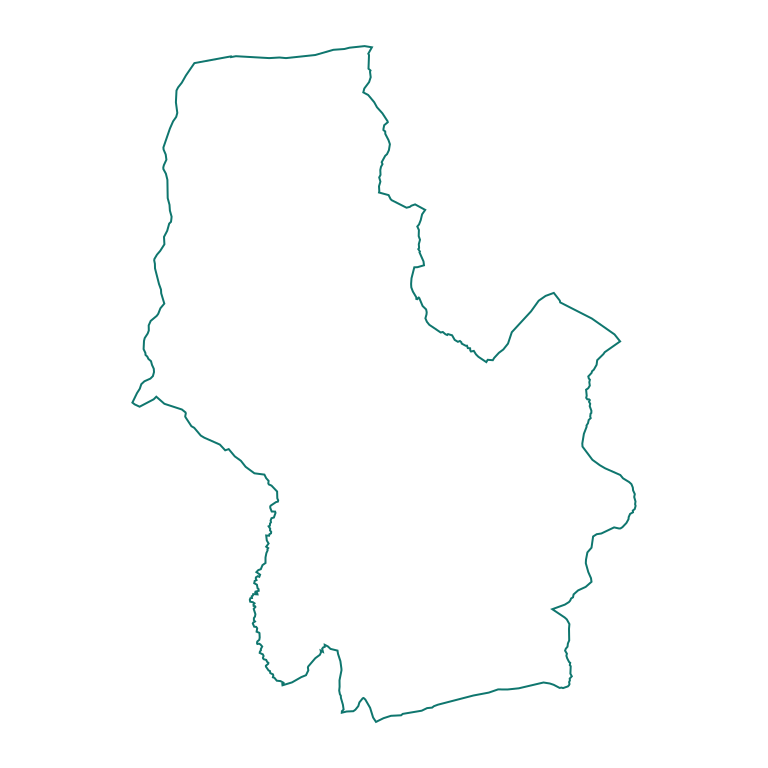 Ludesti, Dâmbovita, Romania (Robinson projection)
{"feature_id": "2599482B18388771363687", "entity_name": "Ludesti", "entity_type": "district", "adm_level": 2, "iso_a3": "ROU", "parent_name": "Romania", "parent_adm1": "Dâmbovita", "projection": "robinson", "projection_center": [25.213, 44.925], "detail": "fine", "context": "isolated", "style": "outline", "palette": "teal", "viewbox_px": 768, "rotation_deg": 0, "n_neighbors": 0, "source": "geoboundaries", "source_scale": "gbopen_adm2", "svg_char_len": 6088}
<svg xmlns="http://www.w3.org/2000/svg" viewBox="0 0 768 768"><path d="M620.1,341.4L614.5,334.4L591.8,318.5L560.2,302.4L559.8,300.6L553.8,292.9L545.6,295.9L538.7,300.7L531.0,311.4L511.8,332.2L508.0,343.6L503.3,349.5L498.9,352.8L494.2,357.9L492.8,360.2L487.7,359.8L486.3,362.1L478.4,356.8L476.0,354.4L473.8,350.9L471.0,351.5L470.3,350.5L470.1,348.3L467.8,348.1L467.0,345.7L465.8,345.8L461.7,343.6L461.3,342.2L459.9,341.0L457.9,341.8L454.7,339.9L452.1,335.3L448.0,334.1L447.2,335.0L445.4,334.2L442.8,332.0L440.7,332.5L429.3,324.8L426.9,321.8L425.4,318.3L426.5,314.4L426.7,312.2L426.1,309.4L422.6,306.0L419.3,298.1L418.8,297.6L417.2,299.2L416.3,298.9L416.4,297.5L412.9,291.6L411.3,287.4L411.1,283.9L411.5,278.3L414.3,267.3L417.4,267.2L424.0,265.3L423.5,261.4L419.5,252.4L419.9,251.5L418.3,249.1L419.1,248.0L418.8,244.2L420.0,239.8L418.7,236.1L418.9,230.0L417.3,226.5L419.0,224.5L420.7,220.2L422.1,214.3L425.2,209.9L415.1,204.4L411.4,205.7L409.8,206.9L406.5,207.7L391.7,200.2L390.6,199.1L388.6,195.1L379.0,192.5L379.3,191.2L379.0,186.3L380.4,181.6L379.2,177.4L380.5,174.9L380.3,170.0L381.0,166.8L382.5,164.1L381.7,162.2L385.2,155.8L387.0,154.2L388.9,150.2L389.9,144.2L388.5,140.1L385.3,133.9L385.2,131.4L383.5,130.2L383.4,129.2L384.2,125.2L387.8,122.2L387.6,121.3L382.4,113.3L377.0,107.3L374.2,102.2L368.2,95.0L363.3,92.4L364.3,88.5L369.1,82.1L370.7,77.2L370.0,71.7L370.5,70.5L368.5,68.7L369.0,55.0L368.3,53.7L371.9,47.3L364.6,46.1L349.5,47.7L344.4,49.0L333.4,49.8L315.3,55.0L286.0,58.1L279.5,57.5L269.3,58.1L235.9,56.2L231.0,57.1L230.9,56.4L194.4,63.1L185.9,75.5L181.8,82.7L178.1,87.4L176.5,90.5L175.9,102.3L177.3,112.9L176.2,116.9L173.1,121.3L169.9,128.6L163.4,147.5L163.6,149.6L165.7,154.5L166.4,159.7L163.9,165.1L163.3,167.4L163.4,169.1L165.9,173.7L167.4,179.8L167.7,198.1L169.5,204.8L169.9,210.6L171.6,216.7L171.4,218.7L171.0,221.8L169.2,223.6L167.2,230.8L164.0,236.9L164.4,244.3L160.2,250.9L157.0,254.6L154.4,259.0L154.2,260.4L154.9,263.8L155.0,268.3L159.0,284.0L161.0,289.6L161.2,293.3L164.3,303.6L160.4,308.3L158.2,313.9L156.7,315.9L150.7,320.9L148.7,325.4L148.8,330.5L147.7,333.5L144.7,338.1L144.0,340.9L143.6,349.1L145.4,353.0L145.5,354.9L147.3,356.6L148.4,358.9L151.0,361.2L152.0,364.9L153.8,368.8L154.0,372.1L152.9,376.1L150.4,378.6L144.4,381.3L141.3,384.2L139.8,388.7L137.0,393.1L132.4,402.6L134.7,404.4L139.6,406.7L153.7,399.3L156.3,396.7L164.4,403.8L181.9,409.5L185.5,412.4L185.8,413.4L185.2,416.4L185.5,417.2L191.4,426.2L194.2,427.8L200.8,435.6L204.3,437.7L219.9,444.6L225.2,450.3L228.7,449.1L234.8,456.4L240.9,460.8L245.6,466.8L254.4,473.3L264.4,474.6L266.2,478.2L268.6,480.9L268.3,483.3L268.8,484.4L271.5,485.6L277.1,491.5L277.3,498.3L278.2,500.4L277.9,501.6L276.0,502.1L270.6,505.7L270.2,506.7L270.3,508.0L271.7,511.5L275.1,511.6L275.5,512.9L273.9,517.5L271.5,518.2L270.6,520.6L271.0,522.2L270.0,523.6L269.9,525.6L268.6,526.3L270.2,528.7L270.0,530.3L271.2,531.9L271.0,533.3L269.4,534.3L269.1,535.7L266.2,535.5L266.8,540.5L268.6,543.5L266.2,546.7L268.2,548.1L267.4,549.3L267.6,550.4L266.4,553.0L265.5,557.5L265.5,563.0L262.5,565.1L260.8,569.2L258.3,570.1L256.4,572.1L260.1,574.7L259.3,576.8L257.7,576.2L255.9,577.4L255.8,578.6L256.5,580.1L254.7,580.9L254.2,583.2L256.9,584.7L257.6,588.3L258.5,589.0L258.7,590.8L255.5,591.6L255.3,592.3L257.2,593.1L257.5,594.4L253.2,594.1L252.9,595.5L251.7,596.3L252.0,598.0L250.4,598.2L249.8,599.8L250.2,601.7L252.9,602.2L254.5,603.3L253.5,604.4L253.6,605.9L255.0,606.2L255.4,606.9L253.7,608.9L255.4,614.2L255.0,616.5L253.9,618.1L253.9,620.2L255.0,621.5L253.3,622.5L252.8,623.5L254.2,626.7L256.2,626.9L257.2,628.3L256.6,631.7L259.3,632.8L259.5,633.4L259.7,637.5L259.3,639.8L257.3,641.5L257.0,643.1L257.4,644.0L259.1,643.7L260.4,644.4L262.2,646.5L260.8,649.1L261.0,650.1L259.9,651.7L259.7,652.9L262.9,654.4L263.6,656.0L262.9,657.8L263.1,658.5L263.9,659.3L266.2,659.9L267.1,661.8L268.4,662.9L268.2,663.8L265.9,665.7L265.9,666.6L268.6,670.5L269.9,671.0L270.3,673.1L273.0,674.4L273.3,675.6L272.9,677.3L274.4,677.8L276.8,680.7L280.5,681.1L283.6,682.8L283.7,683.4L282.3,683.9L282.5,685.3L292.0,682.4L301.3,677.1L306.0,675.2L308.3,670.4L307.9,667.5L308.2,666.5L315.3,658.2L319.9,654.8L321.0,652.3L320.7,650.6L322.9,651.8L322.2,648.7L323.1,647.5L324.8,646.8L324.7,644.8L328.0,646.5L330.5,648.9L337.5,650.6L338.0,653.8L340.4,661.2L341.4,668.5L341.5,670.2L339.5,680.3L339.6,686.8L339.2,690.5L339.9,694.2L340.8,695.7L340.9,697.8L342.9,704.7L343.6,709.5L341.9,711.2L341.8,712.7L346.7,711.5L353.3,711.2L355.4,709.7L358.3,706.1L359.4,702.4L362.7,698.3L363.6,698.0L365.3,699.5L370.1,707.8L373.1,717.5L376.0,721.9L383.5,718.2L391.0,715.8L401.1,715.3L402.7,713.9L421.7,710.7L427.1,708.1L432.1,707.6L433.9,706.2L437.9,704.7L473.4,695.5L488.8,692.6L498.1,689.4L507.4,689.5L518.8,688.3L543.5,682.5L549.8,683.5L553.7,684.8L559.6,687.9L561.6,687.6L563.0,688.1L567.9,686.4L569.0,685.2L569.5,684.1L569.1,682.1L569.9,680.4L569.7,678.6L571.8,676.3L570.4,673.7L570.7,666.2L569.8,665.1L570.2,662.8L569.1,662.0L567.2,658.3L566.4,655.8L566.9,653.7L565.1,650.7L565.8,648.7L567.5,646.7L567.9,643.5L569.2,640.4L569.0,628.8L569.4,624.1L566.8,619.4L564.7,617.5L552.3,609.2L564.9,604.6L568.9,602.1L570.2,600.6L571.1,598.5L573.0,597.3L573.6,594.4L574.4,593.7L578.1,590.4L585.7,586.9L591.5,581.8L591.0,578.2L588.3,572.1L585.8,563.2L586.0,559.7L587.4,552.4L591.5,547.7L593.1,536.5L596.7,534.2L601.3,533.5L614.1,527.4L619.1,528.5L620.5,528.4L622.4,527.2L626.4,523.0L628.5,519.2L628.7,517.1L630.1,513.9L633.0,512.3L632.8,510.6L634.7,509.1L635.6,505.9L635.1,504.2L635.5,501.5L634.2,497.0L634.8,494.1L633.1,490.4L632.8,487.5L631.4,484.1L629.2,482.1L623.0,478.3L620.3,475.0L605.1,468.3L599.8,465.2L592.4,459.8L582.5,446.6L582.3,443.5L583.9,433.8L586.6,426.8L586.5,425.5L588.0,423.2L588.7,420.0L590.7,418.1L590.2,416.5L590.6,413.6L591.3,413.0L591.4,410.8L589.7,406.1L590.2,403.8L589.0,401.8L589.8,400.1L589.0,399.3L587.3,399.3L586.2,397.8L586.7,395.7L586.1,389.7L588.2,388.3L589.8,385.6L589.3,382.2L589.9,379.7L588.8,378.5L588.3,376.4L591.5,373.0L592.1,371.2L593.8,369.7L596.6,364.8L597.2,360.2L603.4,354.1L604.7,352.2L620.1,341.4Z" fill="none" stroke="#0f766e" stroke-width="2"/></svg>